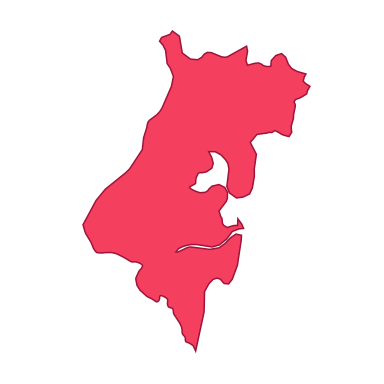 map outline of Bouches-du-Rhône (orthographic projection), rotated 277°
{"feature_id": "FRA-5274", "entity_name": "Bouches-du-Rhône", "entity_type": "Metropolitan department", "adm_level": 1, "iso_a3": "FRA", "parent_name": "France", "parent_adm1": "", "projection": "orthographic", "projection_center": [4.982, 43.547], "detail": "fine", "context": "isolated", "style": "filled", "palette": "rose", "viewbox_px": 384, "rotation_deg": 277, "n_neighbors": 0, "source": "natural_earth", "source_scale": "10m", "svg_char_len": 3102}
<svg xmlns="http://www.w3.org/2000/svg" viewBox="0 0 384 384"><g transform="rotate(277 192 192)"><path d="M323.0,290.7L319.6,289.4L315.5,288.9L313.3,291.8L311.3,296.2L306.5,294.2L303.4,293.9L300.7,290.6L298.3,287.3L296.5,283.6L293.9,282.2L291.8,283.6L289.8,284.1L281.1,283.4L277.1,283.7L271.2,282.7L268.4,282.5L263.4,283.7L258.8,281.5L259.5,276.8L260.1,274.0L261.5,271.2L263.1,266.8L260.8,264.1L260.5,260.9L259.7,259.4L257.1,249.5L248.3,243.8L237.3,251.3L222.6,251.0L215.1,252.0L203.2,251.4L197.1,249.4L193.2,243.3L191.5,236.9L195.6,229.4L201.7,225.9L219.1,225.9L224.6,224.2L228.3,221.2L232.4,216.2L234.8,210.1L234.1,203.7L228.4,207.5L222.9,209.6L217.9,208.7L213.7,203.8L212.3,199.6L212.2,197.3L211.2,195.9L207.1,194.5L205.6,194.3L201.0,194.5L200.1,193.7L197.4,189.8L196.1,189.0L194.8,190.8L193.5,194.4L192.6,198.1L192.3,200.1L193.3,205.2L195.1,207.4L197.5,208.8L200.3,211.2L202.7,217.9L200.5,224.0L195.9,227.3L190.1,227.9L187.1,227.3L176.4,221.1L171.4,223.4L169.3,225.0L164.5,226.1L162.6,227.8L161.0,231.5L161.9,232.9L163.9,237.9L164.4,241.3L171.0,240.8L166.3,245.2L162.1,247.6L161.1,243.0L157.7,236.8L149.5,232.1L142.9,225.8L139.9,218.7L140.4,202.8L139.9,198.2L138.7,194.1L136.7,189.4L134.0,185.4L130.6,183.4L130.6,185.1L136.4,194.4L137.3,197.2L137.2,216.6L139.9,225.7L145.2,231.3L151.1,235.6L155.6,240.8L155.1,246.4L149.4,246.7L124.7,246.0L110.3,242.6L105.2,239.5L105.1,235.0L109.0,230.6L109.5,227.2L107.9,223.6L103.1,220.0L94.8,216.6L74.5,218.6L34.6,215.0L39.6,211.9L41.6,208.0L42.2,205.5L42.6,204.3L42.7,204.1L42.8,204.0L43.3,203.8L44.4,203.3L46.0,203.3L47.6,202.4L49.0,200.7L50.6,199.5L55.0,198.7L57.4,197.7L60.5,195.7L68.5,188.9L69.3,188.5L72.9,187.6L73.8,187.1L74.3,186.3L74.5,184.5L74.8,183.3L75.4,182.3L76.9,181.6L78.1,181.2L81.4,181.1L82.4,180.9L83.3,179.9L84.2,178.4L85.3,175.0L85.3,173.4L84.7,172.7L82.7,172.8L81.7,172.8L80.7,172.5L79.8,172.1L79.2,171.5L78.8,170.8L78.7,169.9L79.2,168.8L80.9,165.4L81.5,163.9L82.3,161.4L83.2,159.5L88.2,152.4L92.6,148.8L97.8,147.1L98.7,146.9L99.7,146.8L100.8,147.1L106.9,149.0L108.5,150.0L110.0,151.1L110.8,151.5L111.8,151.7L112.6,151.8L113.2,151.7L113.9,151.0L114.7,149.6L115.6,146.3L115.8,144.6L115.7,143.3L115.4,142.5L115.3,141.6L115.3,140.7L115.6,139.5L118.9,132.1L121.4,125.0L121.9,122.0L122.0,120.3L122.0,118.4L121.1,112.5L120.8,111.6L120.5,109.7L120.2,106.7L120.4,104.5L121.7,103.1L124.0,101.1L129.8,97.9L137.2,92.0L139.6,90.6L146.2,87.8L172.1,97.9L184.3,105.7L203.3,124.1L207.4,127.3L228.0,137.5L240.2,137.4L250.6,139.3L253.9,139.4L256.2,139.9L258.3,141.3L264.3,147.6L267.7,150.1L271.3,151.9L294.3,158.7L304.4,159.5L312.1,155.5L316.4,151.7L329.4,148.5L334.2,145.3L337.7,141.4L341.7,143.0L345.8,151.0L349.4,152.9L345.1,160.5L328.8,165.4L323.7,174.3L324.0,181.6L326.9,185.3L330.4,187.4L332.5,190.3L332.7,194.2L329.8,204.8L329.7,208.0L330.4,210.5L343.4,228.4L338.6,230.0L329.1,229.5L324.6,231.6L327.5,238.9L328.2,242.5L327.3,245.5L326.2,247.4L325.7,249.7L325.8,252.3L326.4,254.9L332.2,254.7L337.7,258.6L340.3,264.0L337.2,268.5L330.7,272.0L326.8,275.7L324.5,281.5L323.0,290.7L323.0,290.7Z" fill="#f43f5e" stroke="#9f1239" stroke-width="1.5"/></g></svg>